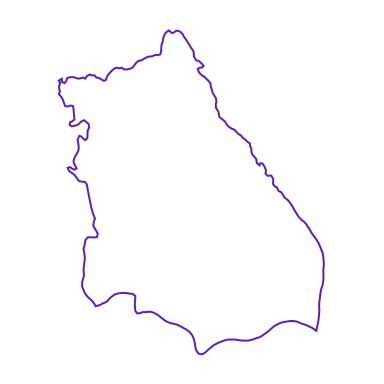 outline of Paranapanema, São Paulo, Brazil, rotated 177°
{"feature_id": "56859067B66174710911505", "entity_name": "Paranapanema", "entity_type": "district", "adm_level": 2, "iso_a3": "BRA", "parent_name": "Brazil", "parent_adm1": "São Paulo", "projection": "equal_earth", "projection_center": [-48.774, -23.455], "detail": "fine", "context": "isolated", "style": "outline", "palette": "violet", "viewbox_px": 384, "rotation_deg": 177, "n_neighbors": 0, "source": "geoboundaries", "source_scale": "gbopen_adm2", "svg_char_len": 3870}
<svg xmlns="http://www.w3.org/2000/svg" viewBox="0 0 384 384"><g transform="rotate(177 192 192)"><path d="M294.2,82.9L289.5,84.1L287.3,85.3L285.1,86.0L283.0,86.8L278.2,91.4L274.2,93.8L271.5,94.5L269.1,94.8L265.8,94.8L263.0,94.5L256.5,93.2L254.0,91.1L254.4,87.6L255.0,82.7L254.9,76.6L253.2,73.7L250.3,73.7L247.7,74.6L245.0,74.5L242.8,74.6L239.4,74.6L236.5,73.4L233.4,71.6L225.5,64.9L222.9,63.3L220.1,62.2L214.6,60.6L211.4,59.1L208.1,56.9L205.3,55.3L201.8,52.4L199.7,49.7L198.5,47.0L197.7,44.6L197.0,40.1L196.8,37.3L196.1,33.7L194.2,30.6L192.3,29.6L190.2,29.5L187.2,31.0L185.0,32.9L178.5,37.8L173.5,40.1L169.5,41.4L166.1,42.4L164.1,42.7L159.5,42.6L156.9,42.4L152.0,41.4L149.9,41.0L146.7,40.8L143.6,40.7L141.4,41.0L138.9,41.6L135.0,42.7L132.5,43.4L130.5,44.2L128.2,45.6L126.3,46.8L122.5,49.4L117.7,53.2L115.9,54.3L111.8,56.1L108.7,57.1L103.8,57.7L100.8,58.0L97.7,57.9L95.0,57.3L93.1,56.8L90.2,55.1L85.7,53.5L79.4,50.2L75.2,46.9L74.4,49.7L72.7,56.0L72.1,59.2L71.6,62.3L71.0,68.0L71.0,71.8L70.7,74.9L69.8,79.8L69.3,82.8L68.4,87.0L66.3,93.0L65.3,97.8L64.9,107.4L64.1,113.2L64.2,118.8L64.4,121.7L65.0,125.3L66.6,129.7L68.4,134.6L70.0,137.6L72.6,141.6L75.0,145.4L76.0,147.6L77.8,150.7L79.8,154.2L82.1,156.9L84.6,158.8L86.6,161.4L88.0,163.6L89.3,166.1L90.6,168.3L92.0,171.6L93.9,174.9L95.9,177.9L98.1,180.2L100.0,181.7L101.0,183.9L102.9,187.1L105.6,188.6L106.9,192.2L108.8,193.0L110.6,195.6L110.2,200.8L112.0,204.3L115.9,204.3L117.6,206.5L117.0,209.5L118.1,213.2L120.0,216.7L122.1,217.2L123.2,215.1L125.6,217.4L126.3,221.9L128.0,224.0L129.9,226.5L130.5,229.1L130.5,232.1L131.5,234.8L131.7,237.5L133.8,239.0L136.2,241.7L138.9,243.8L140.0,245.8L141.7,246.9L143.7,248.7L146.7,252.2L148.9,253.0L152.2,255.6L153.8,257.5L155.3,260.6L157.9,263.0L160.6,265.3L161.1,268.0L161.4,270.6L163.7,275.0L163.6,278.5L162.9,281.0L163.2,284.2L164.7,287.2L165.9,289.3L167.5,295.4L168.0,299.9L170.1,302.5L173.6,306.4L175.9,307.9L178.6,310.8L179.8,314.6L177.6,315.7L175.6,315.7L173.8,317.3L175.3,319.5L178.5,322.6L181.0,323.3L182.9,327.1L183.1,332.3L184.7,335.0L186.2,337.6L189.2,343.2L190.8,345.8L192.2,348.0L193.1,350.2L195.4,352.6L197.8,353.9L199.8,353.6L201.6,352.3L203.5,351.7L206.8,354.5L209.7,352.6L211.1,350.8L212.5,347.6L213.3,343.9L214.7,340.7L215.2,337.2L215.4,334.4L216.4,331.2L218.6,330.5L221.5,330.8L224.4,329.7L227.7,329.5L229.6,329.1L232.5,327.8L235.5,326.2L238.9,325.6L241.2,323.7L244.5,319.6L247.0,318.4L250.6,317.8L253.7,318.0L255.4,319.8L258.1,319.2L260.8,320.2L263.5,319.1L266.2,316.9L268.5,314.6L270.8,311.7L272.1,308.5L274.0,307.6L276.0,308.7L278.7,310.6L281.4,311.3L283.2,313.5L286.2,313.8L288.0,314.7L290.7,313.4L292.6,310.8L294.8,312.0L298.1,311.2L301.2,311.5L303.8,312.8L307.4,313.1L310.6,312.4L311.9,309.3L313.5,307.4L315.9,308.5L316.1,311.9L319.2,310.2L318.0,308.0L319.4,303.5L318.6,299.0L319.9,296.7L318.3,294.8L316.5,292.0L315.4,288.3L314.2,284.5L311.4,283.8L309.3,284.7L306.5,284.2L305.9,280.6L305.9,277.2L305.6,270.6L308.2,268.7L310.1,268.1L310.7,265.5L308.6,263.8L305.8,264.3L303.2,264.9L301.3,266.0L299.0,268.1L296.2,269.4L293.7,267.2L291.7,265.3L291.3,261.8L293.0,258.7L293.7,251.4L295.7,249.4L297.6,250.7L299.7,253.2L301.6,254.0L303.5,250.1L303.0,246.8L302.8,241.7L303.5,238.9L304.9,236.4L306.5,234.2L307.6,232.0L308.6,229.7L308.5,227.1L306.0,221.6L308.1,220.4L310.2,221.4L312.5,223.3L314.8,222.7L314.0,219.9L312.4,218.3L310.0,216.7L308.1,214.8L305.6,210.8L304.1,208.8L301.3,208.1L298.1,207.5L296.6,205.0L295.7,197.3L294.1,186.6L293.2,180.9L292.1,176.1L290.3,170.5L291.7,167.1L292.3,163.4L290.7,160.0L289.5,157.9L288.3,155.3L289.2,152.0L291.5,151.7L293.6,151.9L298.4,152.3L301.0,149.4L302.2,143.9L303.3,141.0L302.9,137.4L302.5,134.6L302.5,131.1L303.1,127.6L303.6,124.1L304.4,120.8L304.3,117.1L304.3,114.0L306.4,107.7L306.6,103.0L304.8,98.0L303.6,95.4L301.8,92.9L299.3,90.4L297.7,88.7L296.0,86.6L294.2,82.9Z" fill="none" stroke="#5b21b6" stroke-width="2"/></g></svg>